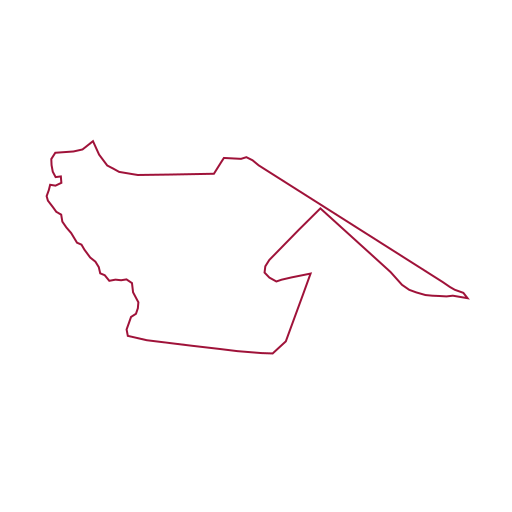 outline of Paranatama, Pernambuco, Brazil, rotated 187°
{"feature_id": "56859067B22250448263052", "entity_name": "Paranatama", "entity_type": "district", "adm_level": 2, "iso_a3": "BRA", "parent_name": "Brazil", "parent_adm1": "Pernambuco", "projection": "mercator", "projection_center": [-36.705, -8.893], "detail": "fine", "context": "isolated", "style": "outline", "palette": "rose", "viewbox_px": 512, "rotation_deg": 187, "n_neighbors": 0, "source": "geoboundaries", "source_scale": "gbopen_adm2", "svg_char_len": 1257}
<svg xmlns="http://www.w3.org/2000/svg" viewBox="0 0 512 512"><g transform="rotate(187 256 256)"><path d="M59.8,248.9L67.5,252.9L264.4,346.3L271.1,350.6L277.6,352.9L282.7,350.6L299.8,349.4L301.9,345.1L307.8,332.5L351.7,326.3L383.2,322.0L388.4,322.2L402.1,322.8L407.5,325.0L414.7,327.7L424.1,337.5L431.8,350.1L441.2,340.6L449.9,337.5L467.8,334.0L471.0,327.3L470.0,321.3L468.0,314.9L464.5,309.9L459.4,311.2L458.1,304.9L463.6,301.4L469.0,301.6L469.7,296.0L471.1,289.9L469.3,285.6L463.3,279.5L459.6,275.5L454.4,273.3L452.4,266.5L447.7,261.2L442.2,256.2L435.3,247.4L430.6,246.0L427.1,241.4L420.4,234.3L414.7,230.8L410.7,225.8L408.5,219.8L403.8,218.5L398.6,213.5L392.6,215.4L386.9,215.5L381.7,217.0L375.8,214.0L373.6,205.0L367.1,195.7L366.9,189.7L368.1,184.0L372.6,180.3L374.0,173.9L375.5,167.3L373.5,161.1L354.2,159.1L344.3,159.1L309.0,159.1L280.8,159.3L262.9,159.3L238.8,160.3L227.6,161.3L216.0,174.9L208.1,208.8L204.8,222.9L199.7,245.2L218.1,239.1L227.7,235.6L232.7,233.2L240.1,236.2L245.5,240.6L245.5,246.9L242.3,253.7L216.8,287.1L197.9,311.1L129.7,263.0L120.4,256.4L107.6,245.2L99.8,241.1L92.5,239.4L83.1,237.9L75.9,238.1L69.7,238.6L62.0,239.1L55.8,240.6L40.9,239.9L45.7,244.7L54.6,246.7L59.8,248.9Z" fill="none" stroke="#9f1239" stroke-width="2"/></g></svg>